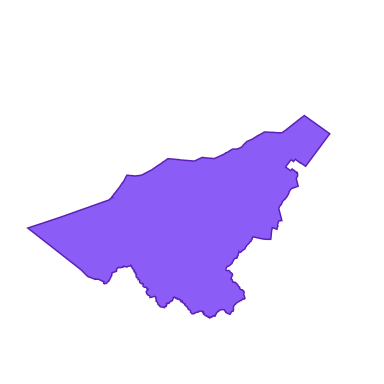 Rubavu, Western, Rwanda, rotated 38°
{"feature_id": "39286606B86206624572237", "entity_name": "Rubavu", "entity_type": "district", "adm_level": 2, "iso_a3": "RWA", "parent_name": "Rwanda", "parent_adm1": "Western", "projection": "robinson", "projection_center": [29.369, -1.641], "detail": "fine", "context": "isolated", "style": "filled", "palette": "violet", "viewbox_px": 384, "rotation_deg": 38, "n_neighbors": 0, "source": "geoboundaries", "source_scale": "gbopen_adm2", "svg_char_len": 6108}
<svg xmlns="http://www.w3.org/2000/svg" viewBox="0 0 384 384"><g transform="rotate(38 192 192)"><path d="M284.2,279.4L284.3,279.1L284.3,278.5L284.8,277.8L284.6,277.6L284.8,276.9L285.0,276.8L285.0,276.5L285.4,276.5L285.6,276.3L285.6,276.2L285.3,276.1L285.5,275.8L286.5,275.8L286.6,275.5L286.7,275.2L286.1,274.4L286.1,272.8L285.6,271.9L285.8,271.3L285.9,270.8L286.1,270.6L286.0,270.1L286.5,269.6L286.4,268.3L287.2,267.2L288.2,266.1L289.8,265.0L290.1,264.9L291.1,265.5L292.1,265.5L292.8,266.1L296.6,265.3L297.2,264.9L297.2,264.0L296.8,261.9L297.2,261.4L297.8,260.4L296.9,258.8L295.6,257.4L295.0,255.6L295.1,254.0L295.4,253.6L295.3,252.7L295.8,250.5L296.3,249.9L296.9,247.9L297.7,247.0L297.6,245.9L298.0,244.7L299.0,244.5L299.2,243.1L298.0,242.3L297.3,241.7L296.2,241.3L295.2,239.8L295.0,239.1L294.6,238.7L293.8,238.3L293.6,238.4L292.8,238.1L291.8,238.6L291.6,238.3L291.4,238.5L290.8,238.6L290.0,238.9L289.0,238.7L288.3,237.8L287.9,237.6L286.6,237.8L285.3,237.0L284.1,236.7L283.0,236.9L282.0,236.4L281.5,237.0L281.2,237.0L280.9,237.3L280.5,237.2L280.1,237.7L279.7,237.9L277.5,236.3L276.5,236.6L275.6,235.1L275.6,234.3L275.1,233.4L275.2,232.7L275.0,232.4L274.7,232.0L273.8,231.5L273.2,231.6L272.9,231.5L272.4,231.8L271.4,231.6L270.9,231.6L270.6,231.1L270.0,231.3L269.2,231.2L268.3,232.2L267.3,232.7L266.4,232.2L266.0,231.7L265.7,230.8L265.8,229.5L265.5,228.8L266.5,227.9L267.5,223.8L267.4,223.2L266.9,222.6L267.0,222.4L267.0,221.5L266.4,218.4L266.8,218.1L267.0,217.5L267.6,217.0L268.1,215.9L267.3,215.5L267.4,213.7L266.6,212.3L266.4,211.0L266.0,210.4L266.2,210.5L266.6,210.2L267.4,209.6L267.9,206.4L268.3,205.8L268.5,204.9L268.6,203.6L268.2,202.3L268.3,201.5L268.0,200.8L268.1,199.5L268.3,199.0L268.3,198.4L268.6,196.7L268.3,195.3L268.7,194.9L268.8,194.2L268.4,193.2L268.4,192.1L267.9,191.4L267.6,189.8L276.4,185.6L279.3,183.8L283.2,180.8L278.5,173.3L277.2,170.6L281.9,169.1L280.9,167.2L280.8,166.0L279.7,165.4L279.2,164.3L278.2,161.4L280.4,159.2L271.7,152.5L270.3,151.3L270.1,150.6L269.9,148.1L270.1,146.7L269.6,145.6L269.5,144.5L269.3,144.1L269.2,143.7L269.3,141.4L269.7,141.0L269.7,136.9L269.3,134.5L268.9,132.9L268.3,131.8L268.3,130.7L268.1,129.7L268.4,127.9L272.1,122.1L265.9,117.2L265.6,116.1L265.5,114.8L264.8,113.5L263.1,111.9L262.7,112.5L262.4,112.0L259.9,112.3L259.8,112.1L256.7,112.2L256.6,114.5L250.3,114.7L250.2,105.8L251.2,105.5L253.2,105.5L253.3,102.6L259.5,102.5L259.5,102.1L265.7,101.8L264.7,61.3L233.5,62.6L232.4,66.4L227.4,86.9L227.1,87.5L226.7,89.2L226.5,89.9L222.9,92.7L219.7,94.7L217.0,96.8L215.0,98.0L214.8,98.3L213.7,98.9L212.0,100.3L210.8,103.6L209.0,107.4L207.1,113.0L204.2,118.3L203.5,123.1L203.6,125.4L202.9,127.2L201.2,130.2L199.9,131.3L199.6,131.7L197.8,132.9L197.0,134.5L195.3,139.3L194.5,140.1L194.3,141.4L193.9,142.5L189.0,151.9L181.6,156.8L179.2,158.1L178.3,159.1L178.0,160.2L177.5,160.8L176.0,163.8L175.6,164.9L174.5,166.4L168.0,170.6L166.8,171.6L166.1,171.8L164.0,173.4L160.6,175.2L159.6,176.1L157.7,177.1L155.9,178.4L152.6,180.5L152.1,181.5L151.7,183.5L150.5,186.8L150.1,188.6L148.5,193.2L146.6,199.4L142.1,209.3L140.8,211.0L140.2,211.4L140.0,211.9L139.1,212.6L137.0,214.7L136.6,215.0L136.1,215.1L134.9,215.8L133.6,216.8L130.8,218.5L130.3,218.9L130.6,220.7L131.5,224.9L131.6,226.7L131.5,227.9L131.9,232.3L131.9,245.5L132.4,245.5L132.1,245.7L132.0,247.7L131.6,247.9L131.6,249.2L103.1,294.0L84.8,321.5L152.5,321.6L160.6,322.6L162.3,322.7L166.4,321.3L169.1,320.6L169.5,319.9L169.7,320.2L171.4,318.8L172.6,318.2L172.8,318.0L173.8,318.0L174.2,317.7L175.0,317.8L176.3,317.3L176.7,317.4L177.8,316.8L178.5,318.3L179.1,318.4L179.6,318.2L180.4,317.0L180.7,316.8L180.9,316.2L180.8,315.4L181.0,314.8L181.0,314.2L181.3,312.9L181.1,312.4L180.7,309.9L180.3,308.8L180.3,307.5L178.8,305.2L179.3,304.4L179.3,304.0L179.8,303.3L179.8,303.0L180.4,302.5L180.6,301.9L180.9,301.7L181.3,300.9L180.2,299.5L180.1,298.2L180.7,296.4L182.0,296.0L182.6,294.9L183.8,294.1L184.0,293.4L183.6,293.2L183.7,292.5L185.5,291.9L186.2,291.4L186.9,291.2L187.2,290.2L188.5,288.6L189.4,288.0L189.2,287.5L191.3,288.5L193.2,289.0L193.7,289.4L194.3,289.1L194.8,289.2L195.2,289.6L195.2,290.2L195.6,290.5L196.5,290.2L197.1,290.3L197.4,290.4L197.7,291.2L198.9,291.1L199.0,291.8L200.4,293.3L201.2,293.5L202.4,293.2L202.9,293.3L203.3,293.6L203.5,294.2L204.3,293.6L205.0,293.7L205.4,294.0L205.8,295.0L206.8,295.5L208.6,295.5L209.5,294.3L210.4,294.8L210.7,295.5L211.6,296.5L212.3,296.5L212.7,296.2L213.5,296.2L214.3,295.5L215.0,295.2L215.9,295.4L215.9,295.9L216.4,296.0L216.4,295.7L217.1,296.0L217.1,296.3L217.3,296.1L217.3,298.9L219.0,300.0L220.8,300.3L222.5,299.9L223.7,300.4L223.9,300.9L225.0,299.7L225.6,298.8L226.5,297.8L226.8,297.2L227.9,297.0L228.4,297.3L229.0,298.2L229.8,298.3L230.8,300.1L231.3,299.9L233.2,300.4L234.3,301.4L235.1,301.6L236.2,301.3L236.7,301.8L237.5,301.9L238.5,301.6L239.9,300.6L241.2,300.3L240.9,299.7L241.5,299.4L241.5,298.4L242.0,298.1L241.9,297.2L241.4,297.1L241.4,296.1L240.6,295.7L241.0,294.5L241.5,294.4L241.7,294.0L242.3,294.0L242.3,293.7L242.4,293.4L242.0,292.1L242.8,291.3L242.6,290.8L242.7,290.3L243.4,289.9L243.4,289.4L242.9,288.6L242.9,287.5L242.6,287.2L242.5,285.8L242.7,285.7L243.1,285.9L243.8,285.5L244.5,285.4L244.7,285.7L245.5,285.0L245.7,285.3L246.2,285.5L246.5,285.1L247.2,285.1L247.5,284.5L248.4,284.6L248.9,284.1L249.4,284.5L249.8,284.3L250.1,284.9L251.0,285.2L251.7,284.9L251.7,284.1L252.0,284.3L252.0,284.5L252.4,284.6L252.9,284.9L253.5,284.7L254.6,284.8L255.3,284.5L255.7,285.4L256.3,285.2L257.1,285.6L257.7,285.5L258.6,285.7L258.9,285.6L260.4,286.1L260.7,286.5L261.1,286.4L261.8,286.7L262.7,286.3L263.9,286.6L264.4,286.9L264.8,287.5L266.7,287.9L267.5,287.6L268.5,286.7L268.6,285.6L268.9,285.5L269.2,284.8L269.4,284.5L269.4,284.0L269.8,283.9L270.8,282.8L271.2,281.9L271.1,281.6L271.6,280.9L272.6,280.3L272.9,280.0L273.7,279.9L274.0,279.5L274.4,279.3L274.5,279.7L274.9,279.8L274.9,280.2L275.2,280.1L275.3,280.4L275.7,280.2L276.2,281.0L276.7,280.7L277.0,281.1L277.7,280.9L278.5,281.2L279.7,280.7L280.1,280.9L280.8,280.4L281.3,280.3L281.4,280.6L281.6,280.7L282.5,280.3L283.1,280.5L283.0,279.7L283.6,279.2L284.2,279.4Z" fill="#8b5cf6" stroke="#5b21b6" stroke-width="1.5"/></g></svg>